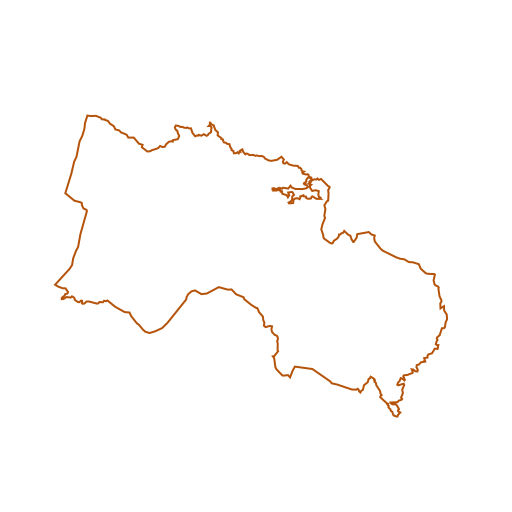 outline of Karagwe, Kagera, United Republic of Tanzania, rotated 106°
{"feature_id": "72390352B65686612592635", "entity_name": "Karagwe", "entity_type": "district", "adm_level": 2, "iso_a3": "TZA", "parent_name": "United Republic of Tanzania", "parent_adm1": "Kagera", "projection": "orthographic", "projection_center": [31.075, -1.721], "detail": "fine", "context": "isolated", "style": "outline", "palette": "amber", "viewbox_px": 512, "rotation_deg": 106, "n_neighbors": 0, "source": "geoboundaries", "source_scale": "gbopen_adm2", "svg_char_len": 6054}
<svg xmlns="http://www.w3.org/2000/svg" viewBox="0 0 512 512"><g transform="rotate(106 256 256)"><path d="M339.0,441.2L340.0,437.3L340.3,432.8L339.6,430.2L342.4,426.8L344.0,426.9L345.3,428.9L346.7,429.0L349.7,431.1L351.0,430.8L350.3,429.1L347.7,426.9L347.0,422.6L345.5,421.8L346.2,419.2L348.2,418.0L349.3,414.5L349.2,413.3L347.0,411.7L347.0,410.8L349.3,410.4L349.7,409.5L349.0,407.9L346.5,406.4L345.8,404.2L345.6,395.6L344.9,394.5L343.4,393.8L342.7,390.4L340.9,389.7L340.7,387.5L339.7,386.5L343.7,377.2L346.1,366.8L345.2,362.0L348.3,359.3L353.5,352.0L354.4,349.5L358.0,344.3L359.3,341.5L359.4,337.2L356.3,332.3L351.2,326.4L344.9,322.8L317.0,311.1L314.6,311.4L311.3,310.6L307.8,308.3L305.9,305.1L307.7,297.9L305.6,292.9L296.2,283.2L296.1,273.7L294.9,270.3L298.3,264.5L299.1,256.5L300.7,255.5L304.2,247.3L305.9,241.6L305.7,240.4L309.3,237.4L312.2,232.8L315.7,231.3L317.7,229.6L320.8,229.2L321.7,227.2L319.4,223.4L319.2,221.2L322.1,221.0L324.7,219.6L326.6,216.4L326.9,214.0L328.4,212.5L330.3,212.0L332.1,212.2L333.8,211.1L340.5,209.3L341.4,208.5L347.3,210.9L347.8,212.1L349.3,210.3L357.4,206.8L359.2,205.2L363.4,198.0L363.6,197.1L361.7,192.4L363.3,189.8L356.3,189.2L351.6,188.1L349.1,170.6L356.1,150.0L357.5,148.1L357.2,142.6L357.9,126.9L356.8,122.7L355.6,121.7L356.2,120.5L357.7,119.6L358.4,118.0L356.7,117.7L355.0,116.3L350.5,116.6L346.5,113.8L343.0,113.8L342.4,112.9L340.4,112.5L341.5,108.7L342.1,108.0L342.6,108.2L342.8,107.4L344.3,107.4L344.9,105.8L347.1,104.7L351.5,99.6L353.9,98.4L355.1,96.9L356.2,97.7L357.5,97.6L361.7,89.3L361.6,88.3L362.7,88.7L363.5,87.1L365.0,87.0L366.4,84.4L367.7,83.8L368.1,82.2L371.3,79.9L371.6,76.7L371.3,75.8L369.8,75.7L366.6,74.2L366.3,76.4L365.2,77.0L363.8,76.3L360.6,79.6L360.1,80.9L360.9,83.6L360.6,85.4L359.7,86.2L357.6,79.8L355.7,78.9L354.2,76.6L353.1,76.1L352.2,77.5L347.4,77.0L344.2,78.6L339.1,78.0L338.0,78.8L341.1,83.6L340.8,84.7L338.7,84.6L336.5,83.5L333.5,83.2L333.6,81.4L334.7,79.0L334.0,78.8L331.0,81.3L329.9,80.9L328.6,77.7L325.3,73.3L324.4,73.3L322.0,75.1L321.8,73.4L322.9,71.1L322.5,69.0L320.8,69.1L318.7,71.1L316.6,71.4L315.4,69.5L312.6,68.0L311.1,64.7L310.8,65.1L310.5,64.4L307.8,66.2L306.4,63.2L304.6,63.6L303.1,63.2L301.0,60.0L295.8,58.6L295.2,55.8L291.4,56.2L291.8,57.2L291.3,58.8L288.2,58.9L286.6,58.4L285.3,59.6L284.1,59.4L281.5,57.6L274.2,57.4L273.7,55.5L272.5,54.8L267.4,55.4L264.2,54.9L259.7,56.5L256.6,60.1L252.4,61.5L255.5,64.2L250.8,65.8L249.0,65.2L247.7,65.4L243.9,68.6L237.3,71.6L236.0,71.6L235.1,72.7L234.7,75.7L233.8,76.7L230.4,78.6L224.6,78.9L224.2,79.6L225.8,86.1L225.7,88.2L222.8,94.2L219.0,97.2L218.8,103.3L219.7,107.4L218.3,112.5L218.9,116.6L218.6,121.1L216.0,135.3L215.0,137.8L209.3,145.8L206.1,147.4L203.6,147.5L203.5,150.9L201.9,154.2L207.1,164.7L210.8,164.3L215.6,166.0L215.7,166.5L213.2,169.1L210.5,170.9L210.1,173.3L207.6,178.1L209.5,178.6L210.6,180.1L212.0,180.8L212.4,182.1L214.7,181.9L217.2,183.0L219.9,185.4L222.6,185.8L223.1,186.6L223.0,188.3L220.6,195.1L219.6,196.3L217.4,197.1L212.4,200.6L207.0,200.8L200.3,200.1L198.6,201.4L191.9,202.2L188.3,204.3L183.7,202.8L182.9,201.9L176.2,203.4L172.8,204.8L170.0,204.1L169.2,204.4L168.9,206.0L164.0,214.7L165.4,216.3L164.6,218.3L165.8,218.9L166.2,221.1L168.1,223.2L167.7,223.7L169.8,225.2L170.2,225.0L169.3,223.9L169.9,223.7L172.0,225.3L172.3,222.6L173.5,223.5L175.5,222.8L178.0,219.9L176.4,217.1L176.3,213.6L180.1,212.9L181.9,211.7L182.2,210.1L183.1,210.4L183.3,209.8L184.4,213.7L183.1,218.1L183.7,218.8L185.6,219.1L186.5,221.0L186.6,223.5L185.2,224.3L185.5,226.8L184.6,227.2L186.6,229.9L187.4,229.5L189.4,229.8L189.0,231.7L189.8,234.1L191.6,235.5L194.9,234.9L196.3,238.7L195.7,239.4L194.0,237.7L192.0,236.8L188.6,237.5L186.8,236.3L184.7,238.3L184.6,239.3L186.1,242.6L188.5,240.8L190.8,241.5L189.1,243.1L188.9,247.9L186.7,248.9L187.3,250.0L185.9,250.6L186.5,252.2L185.7,253.4L187.1,254.1L186.7,254.7L187.5,254.8L188.3,257.3L187.8,257.3L187.7,258.4L186.5,258.8L185.8,257.4L186.4,255.0L184.9,253.6L185.6,252.5L184.3,252.7L184.0,252.2L184.0,249.4L182.9,248.8L182.3,243.6L178.9,242.2L180.3,240.5L180.7,236.6L178.9,229.9L177.2,226.6L175.7,225.1L175.0,225.1L174.1,226.6L173.8,229.2L173.5,229.6L172.7,228.8L172.4,229.6L170.6,228.1L168.9,228.7L166.5,227.8L165.9,226.8L166.5,223.8L165.4,224.5L165.2,227.0L163.5,227.9L163.1,228.9L163.9,230.4L163.9,233.9L163.2,234.4L161.7,233.2L161.8,234.7L161.1,235.9L159.9,236.3L159.0,238.0L159.4,238.9L157.9,240.7L158.9,245.3L158.8,249.8L157.3,252.3L159.2,253.6L159.3,255.2L157.9,256.2L155.6,255.8L153.6,258.9L157.7,262.2L160.4,267.7L160.6,270.4L159.8,274.2L158.5,275.9L158.3,278.4L159.0,279.8L159.2,283.1L159.9,284.2L159.6,286.3L160.8,290.0L160.0,292.3L160.3,293.7L161.2,294.3L159.7,296.7L157.3,298.5L158.7,300.0L160.2,299.6L160.0,300.7L162.1,300.9L161.4,302.4L162.4,303.0L163.4,305.5L161.3,306.7L161.0,308.7L159.9,308.9L158.1,311.0L155.8,312.3L156.2,314.6L155.4,316.1L155.7,317.9L155.0,318.9L153.1,319.9L153.1,321.5L152.3,321.7L150.6,326.1L147.6,326.7L146.0,329.9L142.0,332.8L141.7,335.6L140.4,336.5L140.5,337.1L142.6,336.5L144.1,337.3L143.7,336.0L144.4,334.3L149.4,333.4L151.6,335.2L153.3,335.7L154.1,336.8L153.3,339.8L155.4,341.7L155.4,344.5L156.2,344.6L156.5,346.1L157.7,347.5L155.2,351.0L151.2,353.7L151.8,355.4L151.4,357.5L152.1,358.3L152.5,360.7L152.1,362.1L152.8,364.2L152.3,366.3L152.7,369.1L154.9,369.4L156.7,368.0L157.2,366.3L160.1,364.6L161.2,363.2L162.2,362.9L165.3,363.4L167.6,367.8L169.0,367.6L168.9,368.7L170.2,371.2L173.4,373.2L176.1,373.8L177.0,375.8L176.7,378.5L179.1,379.7L180.2,381.0L183.1,385.4L184.5,386.6L185.5,389.3L182.9,395.7L180.4,395.7L180.3,399.5L175.9,406.1L177.4,411.4L175.3,413.5L174.9,414.7L174.4,419.8L173.0,422.2L173.1,426.1L170.4,428.4L169.1,432.8L166.9,435.6L166.9,438.3L166.4,438.7L167.1,441.8L165.9,443.4L165.4,448.5L167.0,453.3L167.5,456.8L175.3,457.0L181.1,456.0L188.2,456.1L194.6,457.2L210.1,455.9L215.5,456.8L227.9,456.2L248.2,456.6L252.9,445.8L252.7,439.6L253.1,438.0L255.2,437.3L257.9,434.9L258.3,431.7L259.6,430.9L283.4,430.8L296.4,429.5L300.5,430.4L308.6,431.1L315.4,430.3L319.6,431.6L339.0,441.2Z" fill="none" stroke="#b45309" stroke-width="2"/></g></svg>